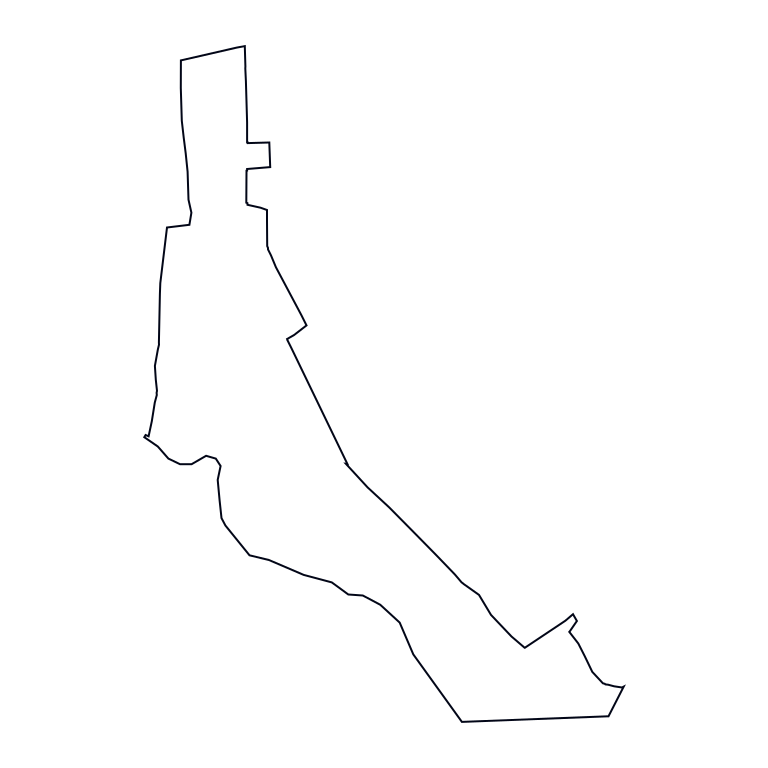 the district of Kaka, Ahal, Turkmenistan
{"feature_id": "10190150B850620817547", "entity_name": "Kaka", "entity_type": "district", "adm_level": 2, "iso_a3": "TKM", "parent_name": "Turkmenistan", "parent_adm1": "Ahal", "projection": "robinson", "projection_center": [59.791, 37.761], "detail": "fine", "context": "isolated", "style": "outline", "palette": "ink", "viewbox_px": 768, "rotation_deg": 0, "n_neighbors": 0, "source": "geoboundaries", "source_scale": "gbopen_adm2", "svg_char_len": 1475}
<svg xmlns="http://www.w3.org/2000/svg" viewBox="0 0 768 768"><path d="M180.9,60.4L180.8,88.0L181.8,120.8L183.7,137.5L185.7,153.3L187.6,171.8L188.5,199.7L191.4,212.7L189.4,224.8L167.0,227.5L160.3,283.1L159.9,293.9L158.9,342.6L159.0,344.7L157.9,349.3L154.9,365.9L155.8,379.7L157.0,390.9L156.6,392.8L156.8,395.0L154.8,402.5L151.8,421.3L148.6,436.3L145.6,435.0L144.3,437.2L157.8,446.5L168.4,458.6L180.0,464.2L191.6,464.2L206.1,455.8L215.8,458.6L220.6,466.0L217.7,479.9L219.6,500.4L221.5,518.1L225.4,525.5L249.5,555.3L268.9,560.0L303.7,574.9L331.8,582.4L348.3,594.5L362.8,595.5L380.3,604.8L399.7,622.6L413.3,654.4L461.9,721.9L607.9,716.3L608.5,716.3L623.7,686.6L622.9,687.0L622.1,687.5L614.1,686.3L608.1,684.7L605.4,684.4L604.8,683.8L602.9,683.3L592.3,671.9L584.8,656.3L578.3,643.5L577.6,642.6L569.3,631.9L569.8,631.3L576.9,621.0L573.0,614.2L565.4,620.7L524.8,647.8L524.7,647.8L511.5,636.5L491.0,614.9L479.0,594.9L463.5,583.9L462.9,583.3L461.6,582.4L454.9,574.5L436.9,555.8L414.6,533.1L389.2,507.4L367.6,487.4L345.9,463.8L347.4,464.0L291.3,347.9L287.4,340.1L287.5,340.0L287.1,339.0L294.1,335.0L306.5,325.4L301.4,315.2L275.9,267.2L271.0,255.4L268.0,249.4L268.0,247.9L267.2,246.1L267.0,220.8L267.0,210.0L260.5,207.7L247.5,204.8L247.4,203.1L246.3,202.7L246.5,170.7L247.1,170.6L247.1,169.0L270.2,167.1L269.3,142.5L247.8,143.1L247.7,142.4L247.1,142.4L247.1,122.4L245.9,81.1L245.3,68.4L245.4,66.5L244.8,46.1L236.7,47.6L180.9,60.4Z" fill="none" stroke="#020617" stroke-width="2"/></svg>